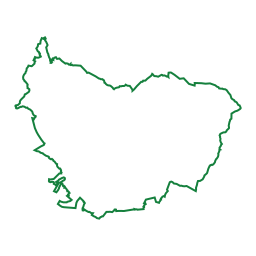 the district of Chiliile, Buzau, Romania
{"feature_id": "2599482B72607399791011", "entity_name": "Chiliile", "entity_type": "district", "adm_level": 2, "iso_a3": "ROU", "parent_name": "Romania", "parent_adm1": "Buzau", "projection": "orthographic", "projection_center": [26.575, 45.45], "detail": "fine", "context": "isolated", "style": "outline", "palette": "green", "viewbox_px": 256, "rotation_deg": 0, "n_neighbors": 0, "source": "geoboundaries", "source_scale": "gbopen_adm2", "svg_char_len": 5630}
<svg xmlns="http://www.w3.org/2000/svg" viewBox="0 0 256 256"><path d="M195.8,191.1L196.1,189.5L196.0,187.8L197.0,184.8L197.3,182.9L198.0,181.0L200.1,180.9L202.7,179.3L204.3,176.4L204.4,175.5L206.4,173.8L207.1,173.0L208.4,168.6L209.6,166.0L210.1,165.7L210.3,165.2L211.8,164.7L212.1,165.0L213.3,164.4L214.9,162.3L215.3,160.7L216.2,159.0L216.7,158.7L218.0,156.7L218.3,155.5L218.4,154.2L218.2,153.7L219.3,151.2L219.4,149.8L220.1,149.6L219.6,149.2L219.5,147.8L220.9,145.7L220.9,145.1L221.9,144.0L220.9,142.6L220.2,140.5L220.5,138.7L220.0,137.2L220.1,136.3L219.6,135.5L220.1,134.2L221.0,133.5L223.4,132.4L225.3,132.3L226.3,131.5L226.7,130.4L228.9,128.3L229.0,127.3L228.7,125.7L229.5,121.9L230.1,120.5L230.2,119.6L231.4,118.7L231.5,113.6L235.1,111.4L237.4,110.7L239.9,109.1L240.6,108.4L240.6,107.6L239.6,105.4L238.3,105.0L236.7,102.4L235.5,101.6L234.7,101.4L234.2,100.2L232.3,99.1L231.4,98.2L230.4,95.0L228.5,92.8L226.7,90.2L225.3,89.3L223.1,89.1L222.4,88.6L221.3,88.7L219.1,88.4L218.5,87.2L217.0,86.7L215.3,85.3L210.0,83.4L205.5,83.7L201.4,83.2L194.7,83.0L194.8,84.2L194.6,85.6L189.0,83.9L183.7,78.3L179.7,78.8L174.5,74.8L171.1,72.6L170.3,72.5L168.6,72.7L168.2,76.0L168.4,77.1L167.4,76.4L166.5,76.5L166.0,76.0L164.3,75.4L162.9,75.6L162.3,75.0L161.6,74.8L158.2,76.7L156.3,76.2L154.5,76.1L153.6,75.5L153.1,74.6L152.2,73.9L151.9,74.6L150.9,76.0L147.2,78.8L145.4,80.6L143.1,80.7L142.8,81.5L142.5,81.8L141.2,81.8L136.9,86.1L134.0,89.5L132.5,90.8L132.5,89.9L132.3,89.5L129.8,85.9L127.4,85.7L125.7,84.7L125.3,85.3L124.1,86.0L122.1,86.0L121.3,86.3L119.7,86.2L119.2,87.1L118.9,87.3L117.0,87.6L115.7,88.0L114.3,88.8L114.0,89.2L113.2,88.6L112.8,87.8L110.9,86.1L109.8,85.5L108.3,85.4L107.2,85.0L105.9,84.0L105.3,83.1L104.6,82.8L104.7,82.4L104.3,82.1L104.1,80.7L103.8,80.2L102.8,79.7L102.5,79.2L100.7,79.2L99.7,78.6L98.9,78.5L95.7,76.4L88.6,72.6L87.1,72.9L86.3,71.6L80.6,65.7L75.3,65.3L73.1,65.4L72.3,65.2L72.0,64.8L70.8,65.1L70.3,64.9L70.4,64.0L69.6,64.7L69.0,64.7L67.8,63.6L66.0,63.3L65.4,63.6L61.9,61.0L59.4,58.5L57.0,58.9L56.7,58.6L55.9,57.2L54.4,57.7L53.6,58.6L52.8,58.4L52.6,58.7L53.3,59.3L53.1,59.6L53.2,60.0L52.5,59.8L52.1,59.4L51.9,59.5L52.0,60.1L51.3,60.4L51.7,61.1L51.2,61.5L51.7,62.1L51.1,62.3L51.2,62.9L50.6,62.9L50.7,62.1L50.1,60.6L50.0,59.0L49.0,57.0L48.6,55.5L48.3,55.0L48.4,54.3L47.4,52.5L46.2,47.4L47.5,45.3L47.5,44.8L46.1,41.7L45.1,40.4L45.1,39.9L45.7,38.6L45.0,37.4L44.1,37.9L44.0,38.2L43.6,38.2L43.4,38.8L41.8,38.1L40.6,40.9L40.3,43.6L38.2,44.1L37.9,45.0L37.9,46.0L37.2,47.3L36.3,48.4L37.8,51.3L39.0,52.1L39.0,52.8L39.9,53.4L40.0,53.8L39.6,54.3L39.8,54.7L39.8,55.2L40.5,55.9L40.8,56.6L38.5,57.7L36.8,57.7L35.1,57.1L35.0,58.3L34.6,58.3L34.6,58.8L34.3,59.0L34.4,59.3L33.9,59.5L33.9,59.9L33.6,60.3L35.2,61.3L34.6,62.2L34.5,63.6L32.0,66.0L31.6,66.2L28.5,65.6L27.7,67.3L26.7,68.4L26.4,70.8L25.6,72.1L25.5,73.0L24.1,74.5L23.3,76.2L23.1,77.3L23.3,79.1L24.5,80.6L24.6,81.3L25.3,81.5L27.5,84.3L27.7,84.9L27.4,85.4L27.4,86.5L27.7,87.5L27.5,88.0L29.3,89.2L29.4,90.6L28.8,91.9L25.9,94.0L24.8,94.4L24.2,96.5L21.6,99.0L20.3,100.5L19.9,101.6L19.8,103.3L17.8,105.1L16.0,105.3L15.6,105.5L15.4,106.0L16.0,106.8L16.2,107.8L16.0,108.0L16.2,108.3L16.6,108.4L17.5,108.4L20.6,106.8L21.4,106.9L22.6,106.3L24.4,106.7L26.1,107.8L27.3,107.6L28.2,108.7L30.2,109.6L31.9,111.2L32.5,112.2L32.7,113.4L33.6,115.0L34.3,115.6L35.7,116.1L35.7,116.7L34.5,118.0L34.0,119.0L33.3,118.3L32.3,118.1L34.9,128.1L36.7,132.2L38.1,134.7L41.3,139.6L44.2,143.4L44.5,143.5L43.8,145.0L40.9,146.4L34.7,150.2L36.9,151.2L38.3,151.3L39.7,151.9L40.4,152.7L42.8,153.3L43.1,153.8L45.9,155.7L48.5,156.6L48.9,157.0L48.9,157.7L49.2,158.2L50.7,159.2L51.2,159.3L51.9,158.9L53.1,159.9L53.3,160.7L54.6,161.6L56.1,163.7L57.1,164.1L57.0,165.2L57.2,166.2L57.6,166.9L59.4,168.7L60.2,168.6L61.1,170.3L60.8,171.2L61.5,172.4L61.1,172.7L61.2,173.4L59.4,173.4L53.7,179.0L50.1,179.5L49.1,179.2L48.9,181.0L49.1,181.6L50.3,182.2L52.0,181.8L53.4,182.0L53.8,182.7L53.8,183.9L54.7,184.1L55.9,185.3L57.4,184.3L57.6,183.6L56.8,182.9L56.8,182.4L56.1,182.0L58.3,180.6L58.9,179.7L62.0,178.0L63.8,177.4L64.9,178.2L64.8,179.5L63.7,180.5L62.8,180.8L61.7,181.7L59.8,182.7L58.7,182.7L58.2,183.9L54.0,191.2L56.4,192.3L58.2,189.9L59.0,188.3L59.1,187.5L60.9,184.0L62.4,183.7L63.1,186.0L63.9,185.8L64.7,186.5L64.3,187.1L64.3,187.8L65.2,187.7L65.6,188.0L66.8,189.5L66.9,190.0L67.3,190.3L67.3,191.0L67.7,190.9L67.8,191.3L68.5,191.6L69.4,192.6L69.5,192.9L68.8,193.1L68.8,193.7L68.0,194.6L68.1,194.9L68.8,195.3L68.8,195.5L67.4,195.6L67.0,195.9L71.6,199.9L70.3,201.0L67.3,201.8L66.8,202.3L63.3,202.3L61.1,201.7L59.7,200.9L57.9,204.0L60.4,205.9L61.9,206.8L63.9,207.2L75.5,208.1L76.4,202.8L77.3,200.9L80.0,197.7L83.3,200.9L83.9,201.7L83.6,201.9L83.8,202.2L84.8,203.1L84.0,204.4L83.2,207.1L82.6,208.1L82.5,209.1L82.7,210.4L83.5,210.5L84.4,210.1L84.2,209.4L86.4,210.9L88.5,212.0L89.5,211.9L91.3,213.1L92.9,213.2L91.8,215.0L93.7,216.2L95.6,217.0L96.9,218.1L99.2,218.6L100.5,217.1L101.5,216.8L102.1,216.3L103.0,216.3L106.4,211.9L110.3,211.8L112.2,212.1L114.1,210.5L114.5,209.6L115.0,209.4L116.0,209.6L116.2,211.1L119.1,210.9L124.0,211.0L133.3,209.5L134.4,209.6L134.4,209.0L135.3,209.3L136.8,209.3L137.4,209.7L143.6,209.1L143.5,208.3L143.7,207.3L143.4,206.7L143.6,206.4L144.1,206.6L144.1,205.6L144.4,204.9L145.7,204.1L145.2,203.0L144.2,203.0L145.9,199.6L154.7,197.5L156.0,201.9L159.0,202.8L159.3,201.9L160.1,201.0L160.4,199.7L161.1,199.6L161.0,198.4L161.7,197.8L162.4,196.7L163.7,196.1L164.7,196.7L165.1,194.8L165.9,193.2L167.8,191.0L167.0,189.7L169.8,182.2L171.2,181.6L172.5,182.1L173.9,183.5L176.6,183.9L180.0,185.8L181.6,185.7L182.6,186.1L184.5,186.3L186.6,186.0L195.8,191.1Z" fill="none" stroke="#15803d" stroke-width="2"/></svg>